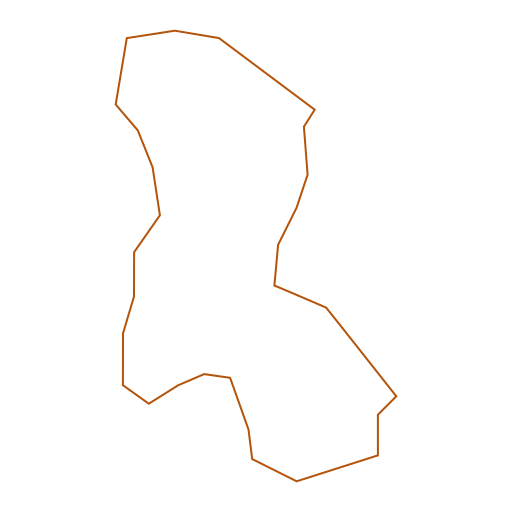 Gyeryong-si, South Chungcheong, South Korea (Albers equal-area conic projection)
{"feature_id": "91817680B70392770223342", "entity_name": "Gyeryong-si", "entity_type": "district", "adm_level": 2, "iso_a3": "KOR", "parent_name": "South Korea", "parent_adm1": "South Chungcheong", "projection": "albers", "projection_center": [127.243, 36.285], "detail": "fine", "context": "isolated", "style": "outline", "palette": "amber", "viewbox_px": 512, "rotation_deg": 0, "n_neighbors": 0, "source": "geoboundaries", "source_scale": "gbopen_adm2", "svg_char_len": 508}
<svg xmlns="http://www.w3.org/2000/svg" viewBox="0 0 512 512"><path d="M396.3,396.3L340.9,326.1L326.1,307.6L300.3,296.5L274.4,285.5L278.1,244.8L296.5,207.9L307.6,174.7L303.9,126.7L314.7,109.7L219.0,38.1L174.7,30.7L126.8,38.1L115.7,104.5L137.8,130.4L152.6,167.3L159.9,215.3L134.1,252.2L134.0,296.5L123.0,333.5L122.9,385.2L148.8,403.7L178.3,385.2L204.2,374.1L230.1,377.8L248.5,429.5L252.2,459.1L296.6,481.3L376.2,455.9L377.9,455.4L377.9,414.7L396.3,396.3Z" fill="none" stroke="#b45309" stroke-width="2"/></svg>